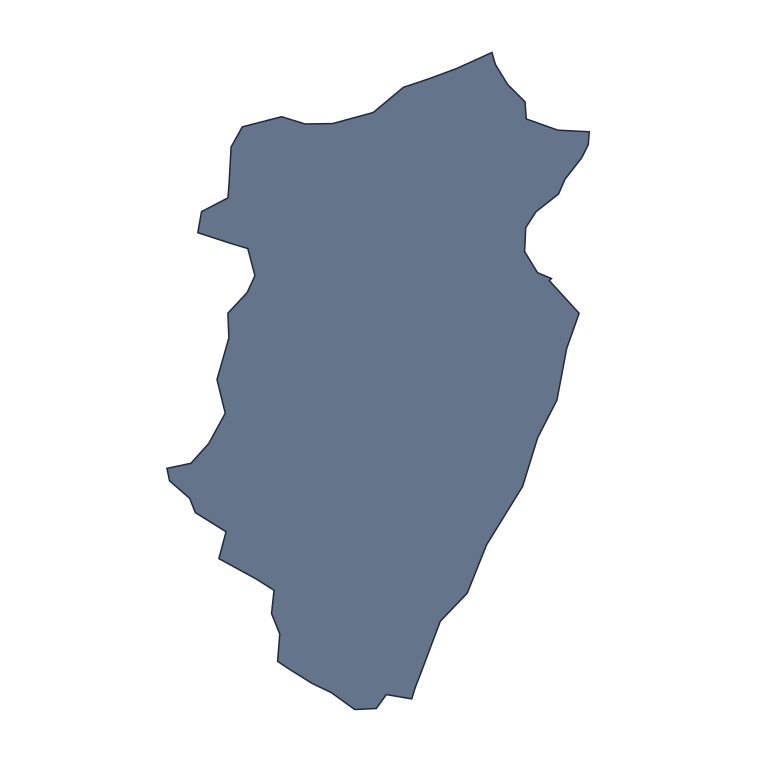 Choletria, Paphos, Cyprus (Mercator projection), rotated 176°
{"feature_id": "46923920B91587907409429", "entity_name": "Choletria", "entity_type": "district", "adm_level": 2, "iso_a3": "CYP", "parent_name": "Cyprus", "parent_adm1": "Paphos", "projection": "mercator", "projection_center": [32.592, 34.769], "detail": "fine", "context": "isolated", "style": "filled", "palette": "slate", "viewbox_px": 768, "rotation_deg": 176, "n_neighbors": 0, "source": "geoboundaries", "source_scale": "gbopen_adm2", "svg_char_len": 1003}
<svg xmlns="http://www.w3.org/2000/svg" viewBox="0 0 768 768"><g transform="rotate(176 384 384)"><path d="M209.6,477.5L223.1,484.4L234.5,506.3L231.7,530.1L220.3,545.3L196.6,561.4L189.1,575.7L171.1,595.7L163.5,608.5L161.6,621.3L192.9,625.1L223.6,638.5L223.6,655.6L239.7,674.1L250.6,695.0L253.2,707.2L290.1,693.5L318.2,685.3L344.0,678.6L375.8,655.6L417.2,647.4L444.6,648.9L467.5,657.8L507.4,650.4L520.0,631.1L524.4,596.2L526.7,580.6L554.0,568.7L554.7,565.9L559.2,547.9L528.1,535.3L510.4,528.6L505.2,501.1L514.1,484.8L534.8,465.5L535.5,440.9L550.3,400.1L544.4,365.9L562.9,337.0L582.1,318.4L606.4,315.0L604.7,302.4L585.8,283.4L581.2,268.9L551.9,247.6L560.9,221.3L524.8,198.2L508.1,185.9L512.2,162.8L505.4,141.9L509.5,114.7L497.8,105.7L476.6,90.3L458.1,79.8L435.9,61.3L414.3,60.8L403.4,74.0L378.3,67.9L374.0,79.0L367.7,92.4L344.4,143.4L315.5,169.6L292.9,216.4L252.8,272.3L234.4,319.8L212.6,355.9L199.2,406.9L184.4,440.9L211.9,475.6L209.6,477.5Z" fill="#64748b" stroke="#1e293b" stroke-width="1.5"/></g></svg>